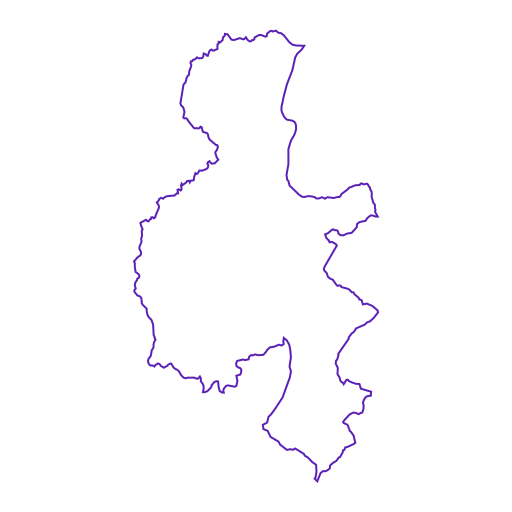 Porto Nacional, Tocantins, Brazil (Natural Earth projection)
{"feature_id": "56859067B7775262442491", "entity_name": "Porto Nacional", "entity_type": "district", "adm_level": 2, "iso_a3": "BRA", "parent_name": "Brazil", "parent_adm1": "Tocantins", "projection": "natural_earth1", "projection_center": [-48.464, -10.549], "detail": "fine", "context": "isolated", "style": "outline", "palette": "violet", "viewbox_px": 512, "rotation_deg": 0, "n_neighbors": 0, "source": "geoboundaries", "source_scale": "gbopen_adm2", "svg_char_len": 6056}
<svg xmlns="http://www.w3.org/2000/svg" viewBox="0 0 512 512"><path d="M268.5,416.9L267.3,421.9L266.6,422.9L262.8,424.8L263.5,429.1L267.7,430.9L270.5,436.9L278.5,441.6L280.1,444.6L286.9,449.9L290.5,449.2L293.2,449.8L295.0,448.5L296.0,449.0L303.9,453.9L304.7,455.6L308.0,457.6L312.2,462.0L316.1,464.8L316.5,471.6L315.6,477.4L314.6,478.6L317.3,481.3L320.6,473.0L323.2,471.0L324.7,471.3L326.4,470.9L329.2,469.0L329.9,467.9L330.1,465.5L332.7,463.1L336.3,460.9L338.9,457.4L340.0,457.1L342.7,452.4L342.9,450.4L344.3,449.9L345.3,447.4L347.3,447.0L353.7,444.0L355.3,442.8L353.6,435.6L350.8,431.7L349.9,431.1L347.8,425.3L346.8,424.4L343.8,423.1L343.1,422.0L344.4,420.1L349.7,414.4L353.2,412.6L355.9,412.9L358.6,414.2L360.8,412.9L362.3,412.6L363.5,408.7L363.6,405.5L363.0,402.5L363.3,401.3L364.5,398.8L366.1,396.8L367.6,396.1L370.8,395.7L371.1,391.7L360.9,388.7L359.4,384.0L355.8,383.8L351.3,382.2L348.7,380.9L347.9,379.7L346.4,379.9L343.7,384.2L342.7,382.6L341.2,381.8L340.4,380.7L339.4,377.1L337.5,374.2L337.8,367.9L335.7,363.5L336.0,360.8L337.1,359.6L338.1,356.7L338.5,355.2L338.2,354.0L348.8,338.6L348.8,337.2L351.7,333.5L354.0,331.8L356.1,328.4L364.8,324.6L367.0,322.4L370.1,321.3L373.9,317.7L378.0,312.5L377.6,310.4L372.3,305.9L366.9,303.6L362.9,304.4L361.7,300.4L360.5,299.6L359.2,299.4L358.7,297.8L354.6,294.4L353.5,292.4L351.8,292.3L349.3,289.6L347.6,288.7L341.5,287.1L340.6,285.6L338.8,285.4L337.6,285.8L336.6,285.1L332.8,279.7L330.3,278.7L327.9,276.7L326.6,272.9L324.3,270.6L323.8,269.0L324.6,266.7L336.8,245.6L335.9,244.1L332.2,242.0L329.5,242.2L329.0,240.7L326.4,238.0L325.1,234.4L327.8,233.3L332.1,229.7L333.3,229.3L334.3,230.1L336.9,230.3L337.9,231.2L338.5,233.6L340.3,235.1L343.2,235.4L347.3,233.5L351.6,232.9L356.7,227.3L357.1,224.0L358.5,222.8L359.8,222.0L365.5,220.8L367.4,218.0L370.5,215.5L372.2,215.4L375.9,216.6L377.7,216.6L375.3,212.3L375.1,211.0L375.5,209.7L374.9,208.1L374.9,204.8L373.2,202.5L371.5,196.0L371.8,194.8L371.6,191.9L370.1,188.7L369.9,187.4L368.8,186.4L368.2,184.8L367.1,183.7L363.5,184.4L361.5,183.3L360.5,183.8L359.7,185.0L355.2,185.3L349.0,187.8L347.4,189.6L341.4,194.1L340.7,195.7L339.3,197.1L337.9,196.9L333.9,198.0L327.3,197.2L325.0,198.7L322.0,197.2L319.4,198.3L317.5,198.5L315.9,198.3L314.7,197.1L311.8,196.4L308.1,196.1L304.4,197.0L302.2,196.8L299.3,194.9L289.6,185.6L288.3,180.8L287.2,179.8L286.5,174.9L288.4,164.3L288.4,149.0L290.9,140.7L294.2,135.1L295.4,132.0L296.1,128.8L296.0,125.5L295.2,122.8L294.2,121.7L292.5,120.7L287.1,119.7L285.4,118.4L284.0,116.5L282.0,112.3L281.5,110.7L281.5,106.9L283.8,96.1L286.9,84.4L292.4,70.1L295.2,57.5L297.2,53.8L301.8,49.4L304.2,45.8L296.3,45.5L292.7,44.8L289.4,42.3L284.0,35.5L281.3,33.3L278.3,32.7L276.0,30.7L272.8,31.5L271.7,30.9L270.3,31.0L267.2,33.5L266.7,36.2L265.4,36.7L261.5,35.1L259.1,35.0L254.6,37.5L254.4,39.0L253.3,40.1L251.8,40.2L250.9,41.3L249.6,41.4L247.6,39.9L245.9,37.3L244.2,39.1L243.1,39.3L239.8,38.1L233.9,40.1L231.4,39.6L227.6,34.3L224.9,33.9L224.8,35.6L223.0,37.5L222.6,40.1L220.3,42.3L218.7,41.9L218.8,43.2L217.5,44.4L217.4,49.0L213.5,50.7L212.3,50.3L211.4,49.5L210.4,50.1L209.4,51.1L207.8,55.8L206.7,55.6L205.8,54.3L203.7,53.5L203.1,56.9L202.1,58.1L198.4,58.3L197.0,57.4L194.7,59.5L193.2,59.7L192.1,61.3L190.8,61.4L190.5,63.3L191.3,64.8L191.1,66.5L189.3,71.2L188.9,74.8L188.0,75.5L186.7,77.6L185.6,82.1L183.5,84.7L180.4,103.3L181.1,105.3L183.3,107.5L184.5,111.9L183.3,117.4L184.1,118.3L186.4,118.3L187.3,119.2L188.2,120.9L193.8,127.9L195.1,128.4L196.7,128.1L198.4,128.5L199.6,128.0L200.4,126.7L201.6,127.1L202.9,131.8L207.1,133.2L208.0,134.5L208.3,136.7L209.5,139.5L215.9,144.9L217.2,145.1L217.9,146.5L217.0,149.9L215.6,151.6L215.3,152.9L216.7,157.4L218.3,159.7L214.7,163.3L211.8,163.7L210.6,162.8L209.5,161.2L208.0,162.2L207.3,163.5L208.1,164.6L208.2,166.7L207.6,167.9L206.6,168.9L202.4,170.6L199.4,170.5L198.0,173.0L196.8,174.0L195.4,173.2L194.2,176.8L193.7,180.2L190.6,180.8L189.8,182.3L189.2,180.8L187.1,181.0L186.2,182.5L182.5,185.1L181.6,183.7L181.1,185.3L181.6,189.3L180.7,190.5L178.7,189.3L177.5,189.8L178.1,193.3L176.9,193.3L174.5,195.5L167.1,196.2L164.5,197.3L163.1,198.7L161.1,197.8L159.3,198.9L158.5,200.8L156.8,202.5L158.1,204.2L158.9,206.1L158.9,207.8L155.6,215.6L155.3,217.3L153.7,218.3L152.8,217.2L151.3,217.4L151.0,219.0L149.8,219.5L148.5,221.4L147.0,220.9L146.0,219.8L140.4,222.8L140.7,224.5L142.6,229.4L141.7,230.8L142.1,235.6L141.2,238.5L141.5,241.8L139.5,246.7L139.3,248.5L141.0,252.1L141.0,253.9L140.4,255.3L137.6,257.3L134.0,261.4L134.8,262.9L134.8,266.8L135.6,271.9L138.7,274.3L139.4,276.0L139.0,277.6L137.4,278.6L136.9,280.5L135.7,281.8L135.1,283.4L134.8,285.2L135.7,288.7L134.6,289.7L134.3,291.6L137.4,295.5L139.8,296.3L140.9,297.4L141.5,299.2L141.8,303.1L142.6,304.7L146.7,308.7L146.7,311.2L147.5,314.9L148.6,316.9L151.5,320.0L153.1,324.6L153.7,335.3L154.6,336.9L154.7,338.3L155.5,339.6L154.0,342.3L153.5,345.1L153.5,347.6L151.7,350.4L151.0,355.0L150.3,356.7L148.6,358.6L148.0,360.9L148.3,362.7L149.5,364.8L150.6,365.5L153.1,365.6L154.4,366.5L155.4,365.1L157.9,363.5L159.5,364.0L161.0,366.0L163.8,367.7L167.1,365.9L168.4,364.5L170.1,363.6L171.2,363.6L173.5,367.4L175.3,369.0L177.0,369.6L178.8,371.1L181.1,375.1L183.5,377.6L185.6,378.3L187.4,377.7L194.3,377.7L196.6,378.7L198.1,378.6L199.9,376.5L200.8,378.2L200.9,381.3L203.0,384.3L203.5,386.0L203.7,388.1L203.0,392.1L204.9,392.1L207.4,391.2L210.6,387.9L211.3,386.9L211.8,385.0L214.4,381.9L216.7,381.2L218.1,381.5L218.6,386.8L219.7,391.1L222.3,392.6L223.8,392.6L223.3,390.7L223.8,388.7L226.2,385.8L228.0,385.4L234.6,386.7L236.3,386.0L237.4,381.1L236.4,375.7L240.2,374.6L241.1,372.5L241.3,369.5L239.9,367.9L238.3,367.5L236.5,366.1L236.1,363.4L237.2,360.9L243.2,359.5L245.1,360.1L248.6,359.3L249.1,356.8L251.3,355.0L253.0,355.4L254.7,354.4L258.4,355.2L263.4,354.8L266.4,351.4L267.0,350.1L269.8,347.4L274.1,346.7L279.0,344.7L281.7,345.5L283.7,344.0L283.3,341.1L283.8,337.9L286.9,340.5L289.3,344.8L290.4,350.8L290.9,357.4L289.6,365.9L289.6,367.1L290.8,370.5L290.8,372.0L289.9,377.2L282.6,397.4L275.2,408.7L271.1,414.3L268.5,416.9Z" fill="none" stroke="#5b21b6" stroke-width="2"/></svg>